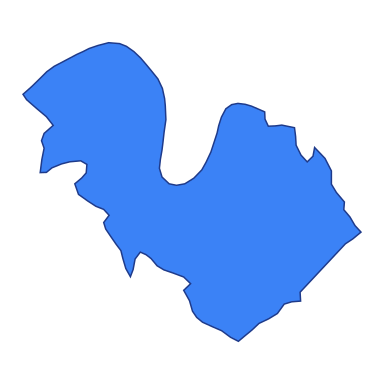 the district of Pinheirinho do Vale, Rio Grande do Sul, Brazil
{"feature_id": "56859067B54224488065456", "entity_name": "Pinheirinho do Vale", "entity_type": "district", "adm_level": 2, "iso_a3": "BRA", "parent_name": "Brazil", "parent_adm1": "Rio Grande do Sul", "projection": "robinson", "projection_center": [-53.643, -27.223], "detail": "fine", "context": "isolated", "style": "filled", "palette": "blue", "viewbox_px": 384, "rotation_deg": 0, "n_neighbors": 0, "source": "geoboundaries", "source_scale": "gbopen_adm2", "svg_char_len": 1614}
<svg xmlns="http://www.w3.org/2000/svg" viewBox="0 0 384 384"><path d="M23.0,94.3L26.6,99.7L36.9,108.7L46.4,116.7L53.2,125.4L44.1,133.4L41.5,140.7L44.1,148.2L41.9,159.3L40.2,172.6L46.4,172.4L52.0,167.8L61.6,163.9L69.8,161.8L80.7,160.8L86.9,164.4L86.2,172.9L81.8,177.9L74.8,183.8L78.5,194.4L87.6,200.9L95.9,206.3L103.7,209.4L109.1,215.3L103.7,222.5L105.7,229.0L110.5,236.1L116.0,244.1L120.9,250.6L122.9,258.6L125.8,268.5L130.4,276.7L133.1,269.6L135.1,259.0L140.3,252.1L146.1,254.7L151.1,258.6L157.1,265.8L163.9,269.9L173.0,273.0L183.7,277.0L190.6,283.7L183.7,290.3L189.5,300.7L192.5,311.2L196.7,317.4L202.5,322.2L212.6,326.8L221.6,330.7L230.7,337.4L238.4,341.3L244.7,336.0L252.1,329.9L259.0,323.4L268.7,318.8L277.4,313.5L284.2,304.1L291.7,301.8L300.6,301.1L300.1,292.2L345.4,243.8L352.8,238.9L361.0,232.1L355.0,225.6L349.9,216.9L343.8,209.7L344.4,202.0L336.4,192.5L331.4,184.2L331.4,170.9L325.0,158.4L314.6,147.5L313.0,156.2L307.2,161.9L301.0,155.1L296.1,145.2L295.6,136.4L294.5,127.7L281.8,125.1L275.4,125.9L268.3,126.2L265.0,119.1L264.7,111.9L258.6,109.2L251.4,106.1L245.2,104.3L237.9,103.4L231.7,104.6L225.9,108.7L221.4,117.2L218.7,125.7L217.1,133.0L214.5,141.0L210.9,152.0L206.1,162.2L201.8,169.9L193.8,178.2L184.8,183.8L176.5,185.3L169.1,183.8L162.0,177.0L159.4,168.3L160.4,159.3L162.0,150.1L162.9,142.9L164.1,132.2L165.9,119.7L165.3,105.8L164.6,98.6L162.4,88.4L157.9,78.9L151.7,71.2L146.5,64.9L140.7,58.1L133.9,51.6L126.4,46.3L119.6,43.6L108.6,42.7L97.9,45.5L89.1,48.5L83.0,51.6L76.6,54.5L68.5,58.8L54.2,66.3L46.8,71.7L40.5,78.0L31.9,86.4L23.0,94.3Z" fill="#3b82f6" stroke="#1e3a8a" stroke-width="1.5"/></svg>